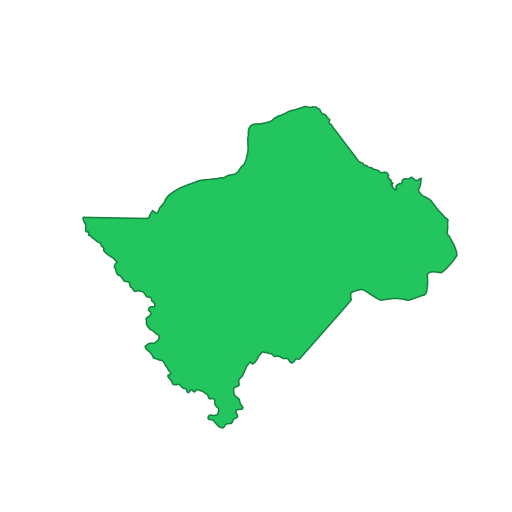 Anajás, Pará, Brazil (Robinson projection), rotated 306°
{"feature_id": "56859067B41993569024253", "entity_name": "Anajás", "entity_type": "district", "adm_level": 2, "iso_a3": "BRA", "parent_name": "Brazil", "parent_adm1": "Pará", "projection": "robinson", "projection_center": [-50.06, -0.792], "detail": "fine", "context": "isolated", "style": "filled", "palette": "green", "viewbox_px": 512, "rotation_deg": 306, "n_neighbors": 0, "source": "geoboundaries", "source_scale": "gbopen_adm2", "svg_char_len": 6154}
<svg xmlns="http://www.w3.org/2000/svg" viewBox="0 0 512 512"><g transform="rotate(306 256 256)"><path d="M113.2,232.8L114.2,235.7L114.9,238.8L116.0,240.8L116.3,241.9L115.7,244.1L115.1,245.6L114.3,246.9L113.9,247.9L113.7,248.9L113.6,250.3L112.8,250.9L112.2,252.2L111.7,254.4L111.0,256.0L109.8,256.2L108.7,255.3L107.8,254.9L106.8,255.4L106.0,257.8L105.1,261.2L103.4,263.8L103.6,264.9L104.3,266.3L105.0,267.3L106.0,268.1L107.1,269.3L106.3,273.2L106.2,275.0L107.3,276.9L107.1,278.2L105.7,280.0L105.4,281.1L106.1,281.8L108.5,281.9L109.4,282.1L110.0,283.2L109.6,284.8L109.8,286.1L110.8,286.5L111.8,286.3L112.9,286.5L113.5,287.3L115.1,292.3L115.3,297.6L115.1,298.9L113.3,301.1L113.4,302.9L115.1,304.7L115.6,305.6L115.5,306.7L115.0,307.5L112.3,309.5L111.5,310.7L111.1,311.6L110.5,315.4L109.5,316.4L106.2,317.9L104.6,317.9L103.6,317.2L102.0,315.5L101.0,313.2L100.2,312.2L99.2,311.8L97.0,312.1L96.3,313.1L96.2,314.3L97.2,315.8L97.8,317.3L97.8,318.8L96.9,322.0L96.2,325.7L96.2,326.9L96.6,328.5L97.2,329.8L98.1,330.6L99.2,330.7L101.3,330.5L102.3,330.5L104.0,332.1L106.1,334.4L108.2,334.4L110.0,333.9L110.9,333.9L112.8,334.6L113.6,335.3L114.4,335.6L115.4,335.5L116.3,334.5L117.3,332.4L118.2,331.2L119.1,331.0L120.2,331.0L121.7,332.1L123.0,333.9L123.8,334.6L124.8,334.9L125.7,334.6L127.4,330.0L128.1,329.0L130.1,327.0L130.5,325.6L130.6,321.8L130.9,320.3L131.6,319.2L134.3,316.7L135.7,316.0L136.8,315.9L138.3,316.6L140.2,318.0L141.1,318.2L142.4,317.7L144.7,315.4L146.0,315.0L147.8,315.0L151.3,315.5L152.7,315.3L155.8,314.4L157.7,314.2L161.3,313.2L162.3,313.2L163.5,313.4L165.6,313.4L166.8,313.7L166.9,314.9L166.5,315.9L166.8,316.9L168.6,317.6L171.9,317.7L173.0,317.5L174.8,317.5L176.8,316.9L179.2,317.3L182.1,317.5L182.7,318.6L183.1,320.1L184.1,321.0L184.4,321.9L184.5,323.2L185.0,324.3L185.6,325.1L186.0,326.0L185.5,330.0L187.6,332.2L188.3,333.4L189.1,338.1L189.5,339.1L191.3,341.1L191.5,342.6L190.2,346.0L190.2,347.5L190.9,348.2L193.2,348.9L195.4,348.6L196.2,349.1L196.9,349.9L197.5,350.7L198.0,351.7L255.9,357.2L276.4,358.9L277.4,358.0L278.1,356.9L279.5,356.2L280.6,354.9L282.8,354.7L285.9,356.7L290.4,360.4L291.9,363.1L292.4,373.6L293.0,381.3L294.0,383.5L299.6,389.0L303.9,394.0L304.4,395.1L306.6,398.5L309.3,404.6L310.3,405.9L321.6,413.6L323.2,415.0L324.2,415.4L325.2,415.5L326.9,415.3L332.5,412.3L333.5,411.6L335.4,410.6L337.8,408.5L338.9,407.8L341.6,405.6L342.4,405.3L343.5,405.5L345.6,406.7L347.1,408.2L350.1,413.2L350.6,414.5L351.3,415.6L352.8,416.2L356.6,417.2L364.6,418.2L366.3,418.2L367.3,418.4L373.8,418.3L374.7,418.0L375.9,417.1L377.7,415.1L378.9,413.4L381.8,409.0L382.7,406.6L385.4,401.1L386.2,398.1L387.1,397.0L391.3,394.7L395.9,391.2L397.9,390.3L398.4,388.9L398.2,386.7L398.4,385.2L399.0,383.4L400.0,377.6L401.4,372.2L403.7,365.0L403.8,362.7L403.1,357.1L402.7,355.7L402.8,354.2L403.5,351.2L404.0,349.8L404.8,348.9L405.8,348.1L407.0,348.2L410.3,347.2L413.9,345.1L414.9,344.7L415.8,344.0L414.9,343.2L412.6,342.6L411.2,341.2L410.9,340.2L411.0,338.9L411.3,338.0L411.3,336.0L410.8,335.2L409.7,334.7L408.8,334.5L407.7,333.8L407.1,332.9L406.7,332.0L405.4,330.5L404.4,330.0L403.5,330.0L402.5,330.1L401.7,330.9L400.6,331.0L399.6,330.7L399.0,329.5L395.8,328.2L394.8,328.4L393.7,328.9L393.2,329.8L392.1,330.6L391.3,329.7L391.7,328.8L391.5,327.0L392.1,326.3L392.4,325.3L393.2,324.7L392.9,323.7L394.0,323.7L395.0,324.2L395.4,323.3L394.8,322.5L395.4,321.4L396.6,321.2L396.6,319.1L397.2,318.4L396.5,317.5L397.4,316.3L398.9,316.1L400.0,314.4L400.2,313.0L399.9,311.7L399.4,310.7L398.5,310.2L397.9,309.2L396.5,307.8L397.2,305.0L396.4,303.0L396.2,301.9L395.6,300.9L395.3,299.9L395.1,299.0L395.4,297.9L394.9,296.7L394.2,295.7L393.9,294.3L394.1,292.0L393.2,290.9L393.1,289.2L393.8,288.0L393.5,286.2L392.7,284.4L405.7,241.5L406.6,239.3L406.2,238.3L406.4,237.1L407.7,236.2L408.6,236.2L409.7,235.4L409.7,234.0L410.0,232.5L411.1,229.1L411.0,228.0L409.6,226.5L410.2,225.5L411.0,223.1L411.8,222.0L412.0,220.5L411.6,219.2L411.9,217.0L411.0,216.1L410.3,215.0L410.0,214.1L408.2,212.8L405.7,207.6L402.1,205.2L396.8,201.3L394.6,199.1L391.6,197.2L388.4,195.8L385.4,194.0L381.8,191.5L378.9,190.2L376.7,189.6L374.7,189.3L372.0,187.6L370.0,186.0L364.8,181.2L363.4,179.0L362.2,177.6L360.2,175.9L357.8,175.1L354.9,175.4L352.3,176.5L349.3,178.8L345.9,180.5L341.6,183.8L339.8,185.4L336.7,187.5L333.5,189.1L330.0,190.6L327.3,191.6L323.4,192.4L319.8,191.8L317.7,191.7L313.3,192.0L309.8,190.9L305.4,186.5L302.9,185.1L300.5,184.1L298.3,181.3L295.4,178.7L293.0,175.8L290.5,173.4L288.0,170.3L285.3,167.4L282.4,164.8L279.3,163.0L273.4,158.9L266.5,154.6L259.9,151.7L254.0,149.8L251.8,149.5L249.0,149.5L246.3,150.2L243.6,150.3L240.8,150.0L238.3,149.9L233.3,151.0L232.2,150.4L231.7,149.5L232.0,148.3L231.9,145.7L230.5,145.7L227.3,146.0L226.0,146.2L223.9,147.0L221.7,144.9L185.8,93.6L184.6,94.1L183.3,95.8L180.7,100.5L178.5,101.7L177.5,102.7L176.2,103.4L175.9,104.9L176.9,105.7L176.3,107.3L174.5,108.5L175.1,110.0L174.7,111.2L174.7,112.3L174.4,113.2L174.9,114.4L174.5,115.3L174.3,119.1L174.5,120.2L174.9,121.6L174.7,123.3L173.9,124.1L173.3,125.1L173.2,126.8L172.9,128.6L171.9,128.8L170.8,129.6L170.6,131.3L170.1,132.4L170.0,137.2L170.2,138.2L170.2,140.4L170.6,141.6L170.2,142.5L169.8,145.6L169.4,147.3L167.3,146.9L165.3,147.1L163.9,147.8L163.0,149.8L160.7,152.8L159.6,154.9L159.5,155.8L160.2,157.0L159.6,160.3L158.6,162.6L158.3,163.6L158.5,164.8L159.4,166.6L160.0,168.6L159.6,169.9L157.6,171.7L157.2,173.0L157.2,174.4L157.4,175.5L156.4,176.4L156.2,177.8L156.2,178.8L156.9,179.6L157.7,180.3L158.8,180.9L159.2,182.0L159.3,183.0L159.9,183.9L160.5,185.3L160.5,186.4L160.2,187.5L159.7,189.0L159.0,190.4L159.0,192.2L160.6,195.1L159.8,196.6L158.6,197.8L157.9,202.0L156.7,203.1L155.5,203.6L154.6,203.0L153.5,201.1L152.4,200.4L151.1,200.1L150.1,200.2L149.0,200.9L148.6,203.5L148.0,204.6L147.2,205.1L144.8,205.0L142.1,204.0L140.4,204.0L138.6,206.1L137.0,206.9L136.3,207.8L135.2,210.0L135.1,211.1L134.5,212.6L134.4,214.0L134.9,215.5L134.9,216.7L134.4,221.3L134.8,223.5L134.1,225.0L132.9,225.4L131.2,226.3L126.7,225.4L125.5,224.8L124.8,224.0L123.9,222.3L121.6,220.5L120.5,220.1L117.7,219.5L116.6,220.8L116.2,221.9L115.7,227.5L114.4,231.4L113.2,232.8Z" fill="#22c55e" stroke="#15803d" stroke-width="1.5"/></g></svg>